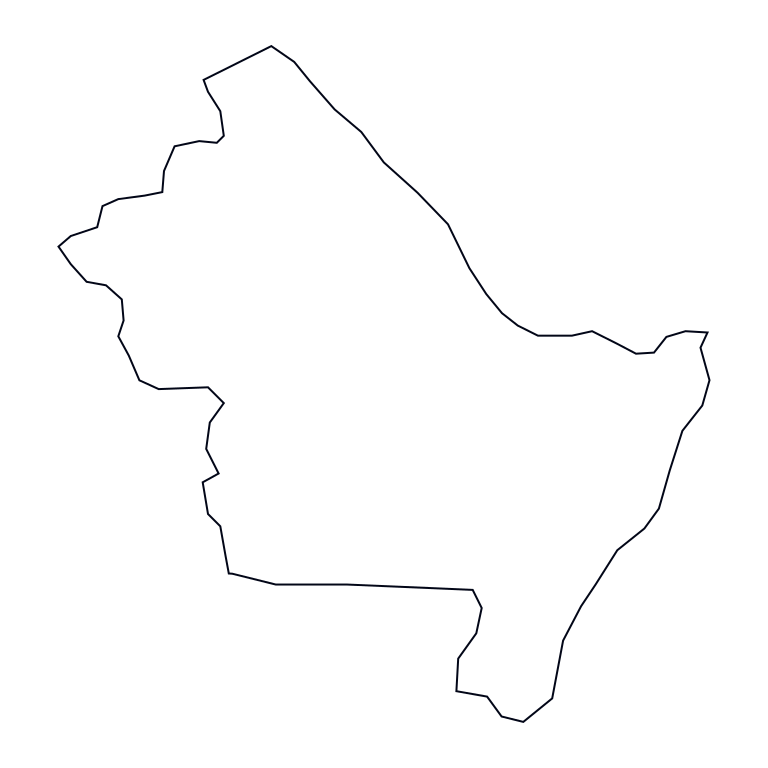 Karlskrona, Blekinge, Sweden
{"feature_id": "70781695B53871800350845", "entity_name": "Karlskrona", "entity_type": "district", "adm_level": 2, "iso_a3": "SWE", "parent_name": "Sweden", "parent_adm1": "Blekinge", "projection": "mercator", "projection_center": [15.674, 56.309], "detail": "fine", "context": "isolated", "style": "outline", "palette": "ink", "viewbox_px": 768, "rotation_deg": 0, "n_neighbors": 0, "source": "geoboundaries", "source_scale": "gbopen_adm2", "svg_char_len": 1100}
<svg xmlns="http://www.w3.org/2000/svg" viewBox="0 0 768 768"><path d="M228.8,573.5L232.2,573.7L275.6,584.5L346.1,584.5L431.1,588.1L472.7,589.9L481.7,608.0L476.3,633.3L458.2,658.6L456.4,691.2L487.1,696.6L501.6,716.5L523.3,721.9L552.2,698.4L563.1,640.6L581.1,606.2L595.6,584.5L617.3,550.2L644.4,528.5L658.9,508.6L669.7,470.6L682.4,430.8L702.3,405.5L709.5,380.2L700.5,347.7L707.5,332.5L685.5,331.2L666.4,336.9L654.0,352.6L636.0,353.7L616.8,343.6L592.1,331.2L571.8,335.7L538.0,335.7L517.8,325.6L502.0,313.2L486.3,294.1L469.4,268.2L448.0,224.3L417.6,192.8L383.8,162.4L362.2,133.2L361.3,132.0L334.6,109.4L310.0,81.3L294.2,61.9L271.3,46.1L246.7,58.4L203.6,79.9L208.0,91.8L220.3,111.2L223.8,135.8L216.8,142.8L199.2,141.1L174.6,146.3L164.0,171.0L162.3,192.1L144.7,195.6L118.3,199.1L102.5,206.1L97.2,227.2L70.8,236.0L58.5,246.6L70.8,264.2L86.6,281.8L106.0,285.3L121.8,299.4L123.6,320.5L118.3,336.3L128.8,355.6L139.4,380.3L158.7,389.1L208.0,387.3L223.8,403.1L209.8,422.5L206.2,448.9L218.6,473.5L202.7,482.3L208.0,514.0L220.3,526.3L225.6,556.2L228.8,573.5Z" fill="none" stroke="#020617" stroke-width="2"/></svg>